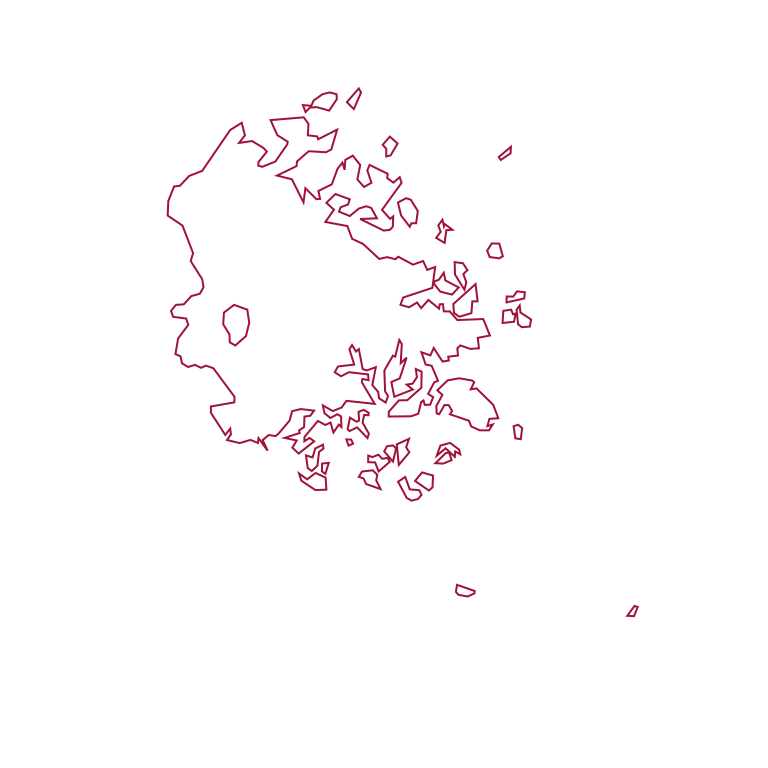 South Jeolla, Albers equal-area conic projection, rotated 253°
{"feature_id": "KOR-2506", "entity_name": "South Jeolla", "entity_type": "Metropolitan City", "adm_level": 1, "iso_a3": "KOR", "parent_name": "South Korea", "parent_adm1": "", "projection": "albers", "projection_center": [126.652, 34.734], "detail": "fine", "context": "isolated", "style": "outline", "palette": "rose", "viewbox_px": 768, "rotation_deg": 253, "n_neighbors": 0, "source": "natural_earth", "source_scale": "10m", "svg_char_len": 6192}
<svg xmlns="http://www.w3.org/2000/svg" viewBox="0 0 768 768"><g transform="rotate(253 384 384)"><path d="M675.4,324.3L662.4,323.7L656.9,315.9L654.9,328.9L644.9,337.8L640.4,339.9L633.0,328.9L629.6,327.6L627.3,331.0L628.5,345.2L641.6,361.7L643.9,362.7L653.2,354.7L669.5,352.7L662.5,385.2L654.9,387.8L644.1,383.9L640.2,392.6L637.3,392.6L641.0,413.6L623.7,402.2L622.6,396.3L628.6,380.1L622.3,365.9L617.9,364.0L614.6,342.6L606.7,355.8L581.2,360.1L594.2,366.1L580.5,373.4L579.7,377.0L587.8,377.7L590.2,392.5L603.3,402.4L607.9,409.0L600.3,409.0L609.6,412.5L611.5,420.9L600.4,425.3L587.4,418.3L578.2,422.6L580.1,430.8L593.2,430.5L597.7,434.3L583.9,449.0L580.0,447.2L573.8,451.9L577.2,459.5L571.2,459.6L551.1,433.0L540.1,438.1L541.6,441.8L531.8,438.4L529.7,434.7L530.8,428.6L548.8,409.4L544.5,425.7L556.1,423.3L559.2,418.9L559.1,411.1L554.6,400.4L561.9,391.4L565.7,394.2L566.2,402.1L570.6,405.3L579.9,393.1L574.1,381.9L565.3,387.1L556.1,375.3L545.8,395.1L532.1,396.0L524.1,404.9L505.0,416.0L504.4,424.1L500.0,431.4L501.6,434.8L489.7,446.6L490.1,457.4L480.5,458.7L480.9,467.1L461.8,458.4L461.1,427.6L454.9,422.9L450.0,430.5L452.3,439.4L445.7,441.7L451.4,451.0L440.0,458.7L443.9,460.6L443.2,463.7L436.0,462.4L434.2,468.1L423.7,472.9L417.1,497.9L399.4,499.5L400.7,487.2L390.4,485.2L392.3,476.9L398.6,468.2L396.7,464.6L389.6,463.1L391.3,453.4L387.5,452.8L388.4,446.5L403.9,442.1L397.8,436.7L403.4,429.1L390.5,429.5L387.5,434.9L371.3,436.6L370.9,432.5L361.7,423.3L357.1,427.2L350.7,422.1L352.1,416.9L356.7,416.9L355.8,414.2L345.5,408.1L345.2,400.5L351.5,379.0L356.1,380.5L364.0,393.5L361.7,401.5L369.5,418.6L384.8,423.6L389.0,418.8L380.9,417.5L376.0,411.5L376.8,405.5L370.3,409.9L368.8,390.1L383.7,391.6L384.8,400.7L402.6,413.3L399.0,406.1L417.1,412.7L421.6,411.5L406.9,402.7L408.5,400.8L396.8,388.3L376.7,382.9L371.3,384.3L365.7,380.2L371.8,375.1L378.2,376.1L386.4,372.5L402.5,381.1L402.0,371.4L404.5,368.0L424.7,370.1L423.2,366.7L430.6,364.8L427.4,361.1L411.3,361.2L414.2,345.1L409.6,340.3L404.0,345.1L405.5,354.1L397.8,371.6L392.2,370.3L395.1,364.8L392.2,363.3L367.7,369.3L378.9,343.1L373.9,336.6L373.1,327.1L381.4,319.3L373.6,318.5L367.2,322.7L368.7,330.7L365.6,333.4L355.3,330.7L358.3,328.9L352.4,321.5L362.7,321.6L362.0,315.9L368.0,310.0L356.6,292.5L352.5,291.1L354.2,297.0L349.6,300.5L342.4,282.0L349.9,277.8L355.5,284.0L361.5,273.2L361.8,289.1L364.4,289.2L366.2,295.0L376.1,298.4L375.2,304.2L379.0,309.3L384.4,297.0L384.9,288.2L376.7,283.1L367.5,268.9L365.9,265.1L368.9,258.9L365.9,251.6L354.2,253.2L368.9,248.2L364.5,246.2L369.6,239.9L369.7,228.7L376.3,217.5L380.6,222.9L386.3,223.9L381.7,217.3L406.9,210.1L413.1,211.8L410.2,235.5L415.5,237.3L449.0,225.4L453.6,219.2L453.0,213.7L457.6,208.8L457.5,201.7L462.8,196.9L470.0,197.5L473.6,193.3L487.8,200.5L497.8,214.1L504.4,214.0L509.9,202.0L516.2,201.7L520.5,208.2L518.7,215.8L524.4,225.5L524.1,234.2L529.3,239.7L537.3,240.8L558.1,235.1L565.0,239.7L594.4,237.6L608.3,226.4L622.0,231.2L634.3,241.0L633.2,246.7L639.9,258.5L641.0,272.5L671.9,311.2L675.4,324.3ZM499.1,251.8L488.1,247.7L476.6,250.7L468.9,248.7L464.3,253.1L470.2,266.0L481.9,273.0L495.1,275.0L503.5,263.8L499.1,251.8ZM368.9,445.9L367.5,457.5L361.5,469.4L359.3,470.8L353.6,465.4L352.7,471.2L332.0,482.4L317.9,483.3L319.8,474.6L313.5,470.6L313.5,476.2L309.0,470.8L311.7,462.0L317.9,455.0L324.0,454.5L335.8,438.2L338.3,441.3L344.8,439.7L346.2,435.7L339.0,428.0L340.4,425.8L347.5,427.5L356.5,436.6L362.4,433.2L368.9,445.9ZM440.2,473.7L452.8,500.8L435.7,497.7L437.2,492.6L426.2,488.3L426.3,475.6L431.6,471.7L440.2,473.7ZM540.3,449.6L553.5,450.4L555.2,459.5L552.4,463.5L539.5,466.9L528.3,461.7L529.7,457.1L526.8,454.6L540.3,449.6ZM671.3,395.8L675.6,399.5L679.1,409.9L678.7,417.4L675.0,423.3L670.2,422.2L661.5,411.5L668.4,400.7L670.0,394.0L667.0,388.5L674.4,388.0L671.3,395.8ZM311.5,300.8L299.8,298.0L302.7,287.3L315.7,276.7L323.3,276.6L315.3,282.6L318.9,292.6L311.5,300.8ZM356.3,349.5L364.8,351.5L365.2,357.0L361.0,360.9L358.7,360.1L360.2,356.0L353.3,352.2L340.9,355.0L337.1,352.4L350.4,345.6L349.1,337.2L351.5,336.0L361.7,341.6L355.9,346.8L356.3,349.5ZM454.5,483.7L449.6,475.2L455.9,464.8L464.7,461.3L467.4,461.8L467.6,466.9L472.9,473.7L465.1,473.0L454.5,483.7ZM286.4,368.9L288.9,377.1L275.7,377.8L272.1,386.7L267.0,387.5L264.1,382.9L264.4,376.2L268.5,372.4L286.4,368.9ZM299.6,336.8L302.6,332.8L306.7,337.4L304.8,348.0L299.2,351.0L294.2,348.4L284.5,350.0L293.5,337.7L299.6,336.8ZM322.5,378.5L324.3,391.9L317.0,386.7L311.2,388.2L302.3,374.5L322.5,378.5ZM282.2,385.3L288.3,394.6L282.1,404.1L271.0,400.2L269.0,395.8L282.2,385.3ZM308.0,366.9L301.9,353.3L311.6,352.6L313.9,346.0L320.2,348.0L317.5,351.5L318.0,358.0L313.0,360.4L312.3,365.8L308.0,366.9ZM338.0,302.0L325.3,296.4L321.9,289.5L325.9,286.5L338.5,288.5L334.7,294.2L342.5,299.5L343.8,307.9L339.9,307.2L338.0,302.0ZM476.4,494.8L468.5,497.1L465.9,492.0L457.3,492.5L450.6,488.5L467.9,483.9L479.9,487.2L476.4,494.8ZM481.3,521.6L486.9,528.1L484.5,535.3L471.4,535.0L470.5,530.9L474.5,522.2L481.3,521.6ZM416.2,532.5L419.4,536.7L412.5,535.4L402.7,543.5L396.3,540.3L398.0,532.4L401.9,529.7L416.2,532.5ZM613.1,452.7L618.9,461.9L610.0,467.3L600.7,457.2L600.9,452.6L608.2,455.0L613.1,452.7ZM308.6,419.9L308.4,429.9L299.3,436.7L294.5,436.3L298.7,432.4L293.7,430.4L304.5,424.1L300.0,413.5L308.6,419.9ZM664.4,430.9L674.0,446.3L669.5,447.3L655.7,435.5L664.4,430.9ZM419.1,519.5L417.9,527.3L412.9,527.8L412.9,530.6L405.5,526.5L407.7,515.2L419.1,519.5ZM519.8,482.3L524.0,487.9L517.2,487.4L519.1,488.9L511.5,494.5L512.9,488.6L501.2,483.2L508.5,476.6L513.0,482.7L519.8,482.3ZM164.2,392.0L170.6,395.1L159.5,410.2L157.4,409.3L156.3,402.0L160.6,393.6L164.2,392.0ZM429.8,533.2L433.7,538.3L430.6,545.5L424.8,543.1L426.2,525.0L431.8,526.9L429.8,533.2ZM323.6,368.7L322.7,374.6L318.8,376.7L307.2,369.9L319.5,364.5L323.6,368.7ZM299.4,426.2L291.4,426.4L290.6,417.3L293.2,410.0L300.0,423.1L299.4,426.2ZM305.7,495.6L305.8,500.4L301.5,503.2L291.2,498.7L293.7,493.7L305.7,495.6ZM96.6,561.4L88.9,555.2L91.2,548.9L98.5,558.7L96.6,561.4ZM326.0,301.5L324.7,308.1L315.2,301.6L318.6,299.1L326.0,301.5ZM567.5,560.1L573.7,574.7L567.6,572.5L564.1,561.2L567.5,560.1ZM340.5,336.3L336.0,337.0L335.4,332.1L342.0,331.8L340.5,336.3Z" fill="none" stroke="#9f1239" stroke-width="2"/></g></svg>